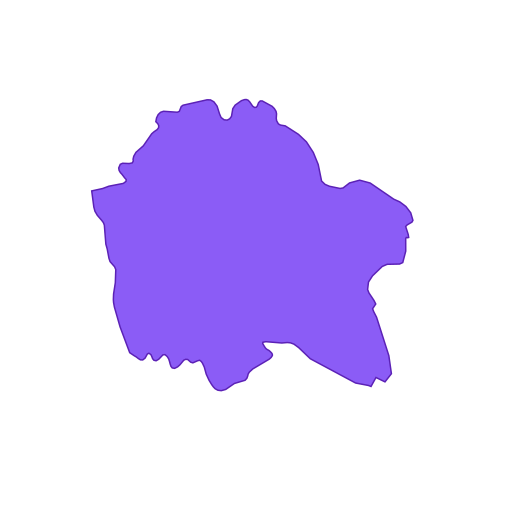 the Metropolitan department of Indre-et-Loire, rotated 332°
{"feature_id": "FRA-5310", "entity_name": "Indre-et-Loire", "entity_type": "Metropolitan department", "adm_level": 1, "iso_a3": "FRA", "parent_name": "France", "parent_adm1": "", "projection": "mercator", "projection_center": [0.644, 47.225], "detail": "fine", "context": "isolated", "style": "filled", "palette": "violet", "viewbox_px": 512, "rotation_deg": 332, "n_neighbors": 0, "source": "natural_earth", "source_scale": "10m", "svg_char_len": 2660}
<svg xmlns="http://www.w3.org/2000/svg" viewBox="0 0 512 512"><g transform="rotate(332 256 256)"><path d="M404.3,270.5L408.4,275.8L411.6,282.7L412.9,290.5L411.3,298.2L409.6,299.3L404.1,299.5L402.0,300.2L400.5,308.5L399.5,311.3L398.5,311.1L397.4,310.2L396.3,311.0L390.5,322.0L382.5,330.7L379.0,330.5L367.9,324.9L362.5,324.5L349.6,328.2L343.1,331.8L338.8,338.0L338.4,341.7L339.3,350.6L339.2,354.6L334.2,357.3L333.8,360.3L333.7,366.7L326.5,406.4L320.3,423.5L310.8,427.7L304.9,419.6L296.3,425.2L294.5,423.1L284.3,414.9L255.7,372.2L250.7,357.0L248.1,351.6L245.6,348.8L243.0,347.1L237.9,344.9L224.5,336.3L221.6,335.4L221.0,336.2L220.8,336.5L220.9,337.6L220.9,338.7L221.1,341.4L221.4,342.6L221.9,343.7L222.6,344.7L223.2,345.7L223.6,346.8L224.0,348.0L224.3,349.2L224.3,350.4L223.7,351.6L221.7,352.7L219.3,353.3L200.1,354.2L195.6,355.4L193.7,356.5L192.2,358.2L190.5,359.7L188.0,360.6L177.1,358.4L166.6,359.6L162.1,358.6L159.3,356.6L157.6,354.0L156.9,351.5L156.5,348.8L156.2,343.7L156.6,336.9L158.2,329.7L158.4,325.3L158.1,323.3L157.3,321.6L155.3,321.1L150.1,320.7L148.5,319.1L147.1,315.3L145.4,314.2L143.3,314.1L137.9,316.3L134.7,317.1L131.4,317.0L129.5,315.5L129.1,313.5L129.5,311.1L130.1,308.6L130.6,305.9L130.4,303.1L129.4,300.4L127.4,299.6L121.7,301.5L118.6,301.6L116.9,300.1L116.5,298.2L116.8,295.9L116.9,293.7L115.8,291.6L114.1,291.5L110.1,294.1L107.2,294.6L105.2,293.4L104.0,291.4L102.9,288.9L101.6,286.8L99.1,282.1L102.7,254.8L107.0,234.6L108.4,230.2L109.6,227.5L112.4,222.7L119.2,213.6L125.8,202.2L126.1,199.1L124.5,192.4L125.1,188.9L127.9,180.0L129.0,175.0L136.6,157.5L136.9,154.9L136.5,152.2L135.0,145.7L134.8,140.9L135.8,136.6L141.5,121.4L152.2,124.4L158.9,125.3L172.9,129.6L176.2,129.1L177.3,127.6L176.7,125.3L176.0,120.9L175.4,118.7L175.3,116.2L176.1,113.8L179.2,111.3L181.8,111.5L187.4,114.8L190.4,115.7L192.2,114.6L192.9,112.8L194.9,110.5L198.7,108.1L208.3,105.8L221.3,99.1L224.4,98.4L228.0,98.0L230.2,97.0L231.3,95.3L231.4,93.2L230.8,90.9L230.6,90.4L233.0,87.4L236.0,85.2L239.2,84.3L242.3,84.8L254.0,92.1L256.2,92.3L260.2,88.9L262.4,88.6L286.1,95.1L289.1,96.8L291.2,100.1L292.0,105.4L290.5,113.5L290.2,117.3L291.8,120.8L294.4,122.5L297.2,122.5L299.9,121.2L304.7,115.0L308.4,113.0L316.0,112.0L319.2,112.5L320.8,113.2L322.1,114.6L322.8,116.9L323.4,122.2L324.5,124.2L326.1,124.8L327.5,124.2L330.3,121.8L332.5,121.1L334.3,122.0L340.5,131.4L341.4,134.4L341.6,137.7L340.9,140.1L338.5,144.0L337.7,146.3L337.8,149.9L339.1,151.9L342.9,154.8L350.6,168.5L354.1,178.9L355.2,191.5L353.9,204.4L349.1,220.6L350.6,225.2L353.6,228.9L361.9,235.8L364.8,236.8L372.9,235.4L383.1,237.7L391.1,245.2L404.3,270.5Z" fill="#8b5cf6" stroke="#5b21b6" stroke-width="1.5"/></g></svg>